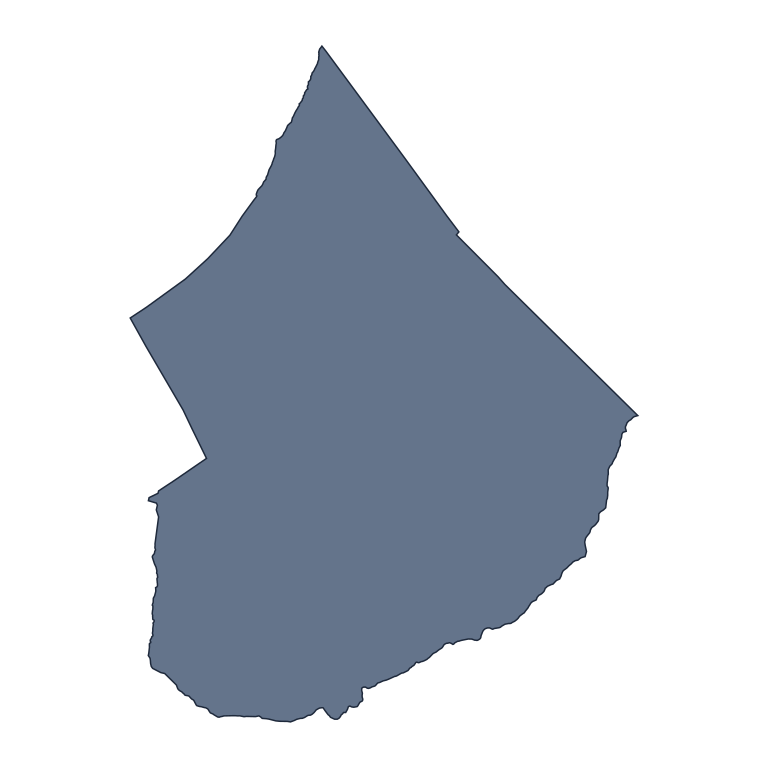 Moreno, Buenos Aires, Argentina (Equal Earth projection)
{"feature_id": "61730980B59094124790483", "entity_name": "Moreno", "entity_type": "district", "adm_level": 2, "iso_a3": "ARG", "parent_name": "Argentina", "parent_adm1": "Buenos Aires", "projection": "equal_earth", "projection_center": [-58.812, -34.597], "detail": "fine", "context": "isolated", "style": "filled", "palette": "slate", "viewbox_px": 768, "rotation_deg": 0, "n_neighbors": 0, "source": "geoboundaries", "source_scale": "gbopen_adm2", "svg_char_len": 6089}
<svg xmlns="http://www.w3.org/2000/svg" viewBox="0 0 768 768"><path d="M321.9,46.1L320.7,47.8L319.7,49.0L318.9,51.5L318.7,52.3L319.0,53.1L318.8,54.1L319.0,56.0L318.7,56.8L318.7,59.8L318.3,60.6L317.6,62.7L317.5,63.6L317.1,64.3L315.6,67.3L314.7,68.9L314.4,69.8L313.8,70.9L313.4,71.5L312.1,73.0L311.9,74.3L311.5,75.4L310.8,76.4L310.8,78.3L310.4,79.7L309.0,81.4L308.4,81.8L308.4,84.6L307.5,86.1L307.4,87.3L307.8,88.2L307.8,89.1L307.1,89.3L306.6,89.8L304.6,92.9L304.7,93.8L303.9,95.4L303.3,96.0L303.4,96.8L303.1,98.1L302.4,99.0L302.2,100.4L300.2,103.0L299.1,104.0L299.5,104.8L299.2,105.8L298.5,106.5L297.4,108.7L296.2,110.5L295.0,112.7L293.3,116.5L292.4,117.8L291.9,120.3L291.3,122.3L290.2,123.1L287.9,125.2L287.4,126.0L286.9,127.4L285.4,130.7L284.7,131.8L284.1,132.5L283.2,134.6L282.6,135.6L281.2,137.0L279.4,138.4L278.7,138.8L276.8,139.5L276.2,140.2L276.0,141.4L276.3,143.1L276.0,144.6L275.6,148.7L275.2,151.2L275.3,153.6L275.0,155.3L274.5,157.0L273.6,159.1L273.4,160.0L272.3,162.7L272.0,164.1L271.2,165.9L269.1,169.7L267.6,174.8L267.3,175.6L266.7,176.2L266.2,177.5L266.0,179.3L263.6,182.0L262.8,184.1L261.9,185.7L259.5,188.2L258.1,189.7L257.3,191.3L256.3,194.1L256.3,195.2L256.8,195.8L256.6,196.6L253.7,200.3L242.2,216.1L229.9,235.2L207.7,258.7L185.4,279.0L146.5,307.2L130.2,318.0L146.1,346.6L183.1,410.0L192.0,428.7L206.5,458.4L174.8,480.2L158.6,490.9L158.0,493.3L149.1,497.6L148.4,500.7L156.4,503.1L157.4,505.2L156.3,509.9L158.6,516.9L155.0,543.9L155.1,545.3L154.9,547.4L155.0,548.2L155.4,549.2L155.5,550.0L154.8,551.2L154.4,553.4L153.9,554.2L153.4,554.7L152.4,556.2L152.3,557.0L153.2,559.9L154.5,563.9L156.1,567.3L156.9,571.1L156.7,572.2L156.6,573.1L157.4,574.5L157.4,575.5L157.7,577.3L157.0,578.4L157.0,579.8L157.2,581.2L157.2,582.2L157.4,583.3L157.5,585.2L157.4,586.1L156.8,587.0L155.6,587.6L155.8,590.6L155.7,591.7L154.7,595.5L154.4,596.3L153.5,597.8L153.3,598.5L153.2,602.3L152.8,603.5L152.4,604.5L152.3,605.3L152.8,605.8L152.9,606.9L152.8,609.3L152.5,610.7L152.2,613.7L152.7,615.5L152.6,616.4L152.7,617.5L152.7,618.5L152.9,619.5L153.7,619.8L154.2,620.6L154.1,621.6L153.0,623.1L153.4,624.7L153.2,625.4L152.8,628.5L152.8,631.0L152.4,633.2L152.9,634.8L152.9,635.8L151.7,636.9L151.6,637.8L150.3,639.9L150.2,641.0L150.7,641.7L150.7,642.6L149.6,643.4L149.3,644.1L149.5,644.9L149.3,646.0L149.5,646.7L148.8,653.0L148.3,655.6L149.1,656.7L150.1,658.4L150.4,660.6L150.6,663.5L151.3,666.5L152.7,668.4L160.8,672.6L164.7,673.5L176.4,685.0L177.6,688.3L178.1,689.2L178.6,689.8L180.2,691.0L181.8,691.8L182.5,692.7L184.0,693.8L184.4,694.6L185.1,695.2L185.9,695.4L188.2,695.8L189.0,696.1L191.5,698.9L193.1,699.8L193.8,700.4L196.0,704.6L196.4,705.2L196.9,705.7L199.6,706.5L201.3,706.7L204.4,707.6L205.5,707.7L207.6,708.8L208.2,709.5L209.4,711.5L210.3,712.8L211.2,713.3L212.6,713.8L214.0,714.8L217.7,717.0L219.2,717.2L220.6,716.7L222.3,716.4L223.9,715.9L232.7,715.7L235.2,715.7L237.9,715.9L239.6,715.8L244.0,716.7L246.5,716.4L255.6,716.6L258.9,715.9L260.6,716.9L262.2,718.4L266.4,718.7L268.9,719.1L275.9,720.9L280.1,721.3L287.3,721.4L290.5,721.9L294.5,720.4L296.7,719.3L300.3,718.4L302.4,718.3L304.5,717.5L307.9,715.4L310.6,715.1L312.2,714.2L314.0,712.6L316.3,709.8L319.4,708.1L322.1,707.7L323.1,707.8L325.3,711.0L328.1,714.7L329.3,715.6L330.5,717.3L334.6,719.2L337.3,719.2L338.9,718.3L339.7,717.5L340.6,716.2L341.1,715.0L342.6,713.8L343.5,712.5L345.7,712.5L347.5,709.3L348.3,706.8L349.2,706.2L350.0,706.1L351.6,706.9L353.5,707.2L354.5,707.1L357.1,706.6L357.7,706.0L359.6,702.7L360.4,701.9L361.9,701.3L362.4,700.8L362.7,700.1L362.8,699.1L362.2,697.1L362.1,695.4L362.4,693.2L361.7,690.6L361.7,688.3L362.8,687.4L363.7,687.1L365.5,687.1L366.4,687.6L367.2,688.2L368.6,688.4L369.8,688.0L370.5,687.8L371.7,687.0L374.9,686.0L375.8,685.2L377.4,683.3L378.0,682.9L379.6,682.5L383.1,680.9L386.3,680.1L388.8,679.1L394.9,676.3L395.7,676.3L396.9,675.8L401.6,673.1L403.2,672.9L406.5,671.3L408.0,670.5L408.9,669.4L409.3,668.7L410.0,668.0L411.3,667.3L411.8,666.6L413.8,665.4L414.4,664.7L415.7,662.7L416.3,662.2L417.1,662.2L417.9,662.6L418.7,662.7L419.4,662.5L421.0,661.7L422.5,661.4L424.1,660.8L426.9,659.4L428.2,658.2L429.3,657.5L432.7,653.9L433.5,653.3L436.2,652.0L438.6,650.0L441.5,648.2L442.3,647.5L444.2,644.5L445.8,643.6L446.5,643.3L447.8,643.2L449.5,642.7L451.1,643.3L452.9,644.4L453.7,644.1L454.7,642.9L457.6,641.3L459.3,641.1L459.9,640.8L461.8,640.3L468.2,639.0L471.9,639.1L474.8,640.2L475.9,640.2L476.6,640.4L477.6,640.3L479.2,639.4L480.0,638.8L480.7,637.8L481.1,635.6L482.7,631.5L483.2,630.7L484.0,629.7L484.8,629.0L485.7,628.5L487.7,627.9L489.6,627.9L492.1,629.1L492.8,629.2L494.3,628.5L499.2,627.7L500.3,627.3L502.1,625.9L505.0,624.2L508.6,623.5L510.1,623.5L511.0,623.3L512.3,622.4L514.6,621.3L516.8,619.6L518.1,618.3L519.5,616.3L520.3,615.6L523.2,613.4L524.0,613.0L524.6,612.3L525.2,611.3L527.9,608.0L528.8,606.3L529.7,605.0L530.6,603.4L531.5,602.4L532.7,601.5L536.1,600.0L536.5,599.2L537.1,597.4L538.8,595.4L539.5,594.9L540.5,594.5L542.0,593.4L543.9,591.5L544.8,589.6L545.2,588.2L545.9,587.8L547.4,586.3L551.4,584.5L553.0,584.1L555.7,581.2L556.6,580.4L559.6,579.0L561.1,576.0L561.6,574.1L562.3,572.3L563.3,570.6L566.8,568.0L569.0,565.7L571.3,563.8L572.8,562.1L575.1,560.7L577.8,560.2L578.5,559.8L579.8,558.6L581.3,557.7L585.1,556.6L586.5,551.5L585.2,545.4L584.7,542.0L585.6,538.2L586.4,536.9L589.7,532.7L590.1,531.6L590.4,530.1L591.3,528.3L592.1,527.3L594.5,525.6L595.8,524.3L598.2,521.1L598.7,519.5L598.8,513.8L600.5,511.8L603.5,509.9L605.7,507.8L606.6,499.9L607.3,498.6L607.7,495.4L607.7,492.1L608.2,488.5L608.1,487.4L607.1,485.9L607.1,483.4L607.5,480.6L607.9,475.6L608.3,474.2L608.2,469.9L608.6,468.7L609.8,466.2L611.8,464.2L612.3,463.4L612.5,462.5L614.7,458.5L615.6,457.4L616.2,455.8L616.9,453.2L617.7,452.0L619.0,447.9L620.3,445.4L620.2,444.0L620.2,440.8L621.5,437.5L621.7,436.1L621.8,434.5L622.3,433.4L623.0,432.3L626.2,431.3L626.0,430.0L625.4,428.2L625.5,426.5L626.0,425.6L627.1,422.7L628.9,420.8L630.7,419.8L633.0,417.4L634.3,416.6L637.8,415.6L504.9,284.5L498.2,276.9L456.4,234.9L458.9,231.9L446.5,215.5L405.3,158.9L325.7,50.9L321.9,46.1Z" fill="#64748b" stroke="#1e293b" stroke-width="1.5"/></svg>